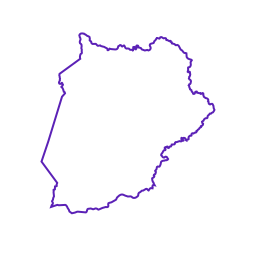 outline of Palocabildo, Tolima, Colombia, rotated 194°
{"feature_id": "7082276B76880403363751", "entity_name": "Palocabildo", "entity_type": "district", "adm_level": 2, "iso_a3": "COL", "parent_name": "Colombia", "parent_adm1": "Tolima", "projection": "albers", "projection_center": [-75.008, 5.096], "detail": "fine", "context": "isolated", "style": "outline", "palette": "violet", "viewbox_px": 256, "rotation_deg": 194, "n_neighbors": 0, "source": "geoboundaries", "source_scale": "gbopen_adm2", "svg_char_len": 5789}
<svg xmlns="http://www.w3.org/2000/svg" viewBox="0 0 256 256"><g transform="rotate(194 128 128)"><path d="M85.1,209.6L86.9,210.0L87.7,210.6L88.3,211.2L89.4,214.6L90.3,214.7L91.2,214.5L92.2,214.7L94.2,216.3L95.2,216.6L96.0,217.0L98.5,219.8L99.2,220.3L100.3,220.5L101.5,219.9L102.1,220.0L102.6,220.4L103.5,220.7L105.9,220.7L106.2,221.7L107.5,221.9L107.6,222.7L107.7,222.8L108.1,222.8L109.2,222.4L109.8,222.4L110.9,222.9L112.0,222.6L112.2,222.8L112.7,224.0L113.2,224.2L113.9,224.2L115.2,223.6L117.4,224.3L118.1,224.1L118.6,223.8L119.0,222.5L119.2,222.3L121.4,222.4L121.8,222.3L122.7,219.7L123.5,218.5L123.6,217.2L123.8,216.6L126.0,215.4L126.7,214.8L126.9,214.3L126.9,213.5L126.5,212.8L125.7,211.9L125.4,211.2L125.3,210.5L125.5,209.6L126.0,208.9L126.9,208.2L127.2,208.2L128.2,208.4L130.4,207.3L133.6,207.6L134.9,208.7L137.0,208.7L138.1,210.2L138.4,210.3L138.9,210.3L139.5,210.1L139.7,209.7L139.6,209.2L138.9,208.5L139.1,207.0L139.5,206.2L139.9,206.2L140.3,206.4L140.8,207.7L141.2,208.2L141.6,208.2L142.4,207.8L142.4,207.3L142.0,205.7L141.9,204.6L142.1,204.4L142.9,204.9L144.9,204.4L146.0,205.0L146.4,205.2L147.5,205.1L148.6,204.7L149.3,204.8L149.8,205.0L151.3,206.8L151.8,207.1L152.4,206.8L153.1,205.8L153.5,205.7L153.9,205.8L154.9,206.6L155.7,206.6L156.4,205.7L157.2,205.0L157.3,202.9L157.8,202.0L158.6,201.4L159.5,201.1L163.4,200.5L165.1,200.5L165.7,199.0L166.3,198.6L166.7,198.7L167.0,199.6L167.5,200.1L171.1,201.0L172.2,200.9L172.8,201.0L173.8,200.9L175.0,201.4L176.5,200.7L177.3,200.5L177.8,200.7L179.3,201.7L179.8,201.8L182.6,201.0L183.2,201.1L184.2,201.8L184.7,203.0L186.0,203.5L186.4,203.8L186.6,205.3L187.3,206.9L188.4,207.4L189.8,207.5L192.1,208.5L193.0,208.5L193.5,208.9L195.3,208.7L196.5,208.3L197.4,207.3L197.6,206.6L197.6,206.0L197.1,205.3L196.8,204.5L196.0,203.7L195.5,202.4L195.7,200.5L195.6,199.7L195.0,198.6L193.7,198.0L193.2,197.4L192.7,195.7L192.6,194.2L191.8,192.9L191.5,191.3L191.0,190.0L191.0,189.2L191.8,188.4L192.0,187.4L191.9,185.6L191.4,184.1L191.1,183.6L207.5,164.0L207.4,162.5L206.8,161.5L206.5,160.5L205.9,159.5L205.9,158.5L205.6,157.9L206.0,155.9L205.9,155.1L205.2,154.4L204.3,154.5L203.8,154.7L203.3,155.7L203.0,155.8L202.7,155.6L202.6,154.8L201.7,154.5L201.6,154.1L201.9,153.0L202.6,152.0L202.5,151.6L201.4,151.1L200.2,149.7L199.5,148.3L199.1,148.0L199.0,147.6L198.1,147.4L197.5,146.4L199.6,142.4L202.1,95.6L203.8,74.5L183.4,57.6L183.6,55.5L183.1,54.6L183.4,54.2L184.7,53.6L184.1,50.8L184.3,50.6L185.1,50.2L185.3,49.8L184.9,49.2L184.7,47.7L183.3,43.8L183.6,42.1L183.5,40.3L184.0,38.6L183.9,38.4L182.9,37.4L182.6,36.3L182.7,35.9L183.3,34.8L183.5,32.8L178.0,36.3L176.4,36.3L170.3,38.2L169.6,38.1L168.2,37.1L167.3,35.9L165.6,34.3L164.6,32.8L161.8,31.7L159.0,33.1L157.2,34.4L156.4,34.7L148.5,35.9L147.9,36.7L147.7,39.3L147.2,39.9L144.6,40.9L142.3,40.7L141.8,40.9L140.2,42.0L139.4,42.2L138.3,42.1L137.4,41.7L136.8,41.7L133.4,44.3L130.4,46.0L129.3,46.1L128.5,46.5L128.2,47.6L128.8,49.3L128.8,50.2L128.3,50.7L126.1,51.9L122.4,55.4L122.2,55.8L121.9,57.5L121.7,58.1L120.2,60.3L119.5,61.0L118.9,61.5L118.1,61.9L117.3,62.1L116.5,62.1L114.3,61.7L111.5,61.5L108.9,62.3L108.0,62.2L106.8,61.6L106.0,61.5L105.2,61.6L104.2,62.0L103.4,62.6L102.1,64.1L101.8,64.9L102.0,66.8L101.8,67.5L101.6,67.9L100.6,68.8L99.4,70.5L98.1,71.0L95.9,73.2L95.5,73.4L94.8,73.4L93.4,72.5L92.9,72.4L92.1,74.5L91.7,74.9L91.3,75.2L89.6,75.4L89.7,76.3L90.2,77.3L90.1,78.3L89.8,78.7L89.2,78.9L88.3,78.9L89.5,80.2L90.1,81.3L90.9,81.8L91.9,83.5L92.4,85.0L91.0,86.5L90.8,87.1L90.8,87.7L91.5,88.1L91.5,88.9L91.2,89.3L90.4,90.0L90.3,90.8L90.3,92.1L90.5,92.4L91.2,92.8L91.3,93.0L90.4,94.8L90.5,97.1L89.9,97.8L88.4,98.0L88.0,98.4L87.6,100.3L87.7,103.0L87.5,103.5L86.9,104.2L85.9,104.8L84.7,105.2L84.1,105.7L83.0,106.0L82.5,106.3L81.9,106.8L81.6,107.6L83.5,109.3L84.5,109.3L85.1,108.9L85.6,108.2L85.9,108.0L86.7,108.0L87.5,108.3L88.2,109.0L89.0,109.4L89.3,109.8L89.3,110.7L88.5,112.6L88.3,113.8L87.8,115.0L86.6,115.5L86.4,115.8L86.5,116.7L87.5,117.3L87.6,117.9L86.9,118.6L85.7,119.0L85.5,119.5L85.2,119.5L84.6,118.5L83.9,118.4L83.4,118.8L83.3,119.5L83.1,120.0L81.9,120.5L81.8,121.2L81.5,121.6L81.6,122.5L79.0,123.4L78.7,124.1L78.8,125.1L78.4,125.8L77.5,126.0L74.9,127.7L73.3,127.8L72.6,129.0L72.2,129.0L71.7,128.8L71.3,129.1L71.1,129.3L71.3,129.6L73.2,130.3L73.5,130.2L73.8,131.1L73.6,131.4L72.4,131.3L71.4,132.0L70.6,132.0L70.2,131.9L68.8,130.2L68.1,130.0L68.2,131.0L67.1,131.3L66.5,131.8L66.5,132.1L66.9,133.2L66.9,134.3L66.0,135.5L65.0,135.7L64.6,136.1L64.9,137.4L64.4,138.4L64.0,138.5L63.1,138.5L62.3,139.5L61.3,139.9L60.7,140.4L60.9,141.6L60.7,141.9L60.1,142.1L59.8,143.2L58.9,144.2L58.6,145.3L57.3,146.6L57.2,147.1L57.7,147.4L57.6,147.6L56.8,148.1L56.1,149.2L56.1,150.0L56.2,150.4L57.2,150.9L57.7,152.0L57.2,152.7L56.6,153.2L56.2,154.9L55.6,155.7L55.1,156.2L53.7,156.7L53.4,157.2L53.6,158.7L53.4,159.4L52.4,160.8L52.2,161.7L51.0,162.0L50.6,162.8L49.3,163.8L48.7,165.5L48.5,166.5L49.6,167.9L50.5,170.2L51.7,171.6L52.2,171.8L53.4,171.4L54.1,170.7L55.4,171.1L56.0,172.2L56.1,172.8L56.9,173.4L56.8,174.2L57.0,174.9L57.5,175.4L58.1,175.7L59.3,175.9L59.9,175.8L62.0,176.7L62.4,177.5L62.9,178.1L63.1,178.6L63.0,179.1L63.4,179.8L64.2,179.9L64.8,179.4L65.3,178.8L65.7,178.7L66.3,179.4L67.2,179.0L68.7,179.1L69.4,178.9L69.6,179.0L70.0,179.9L70.6,179.9L71.4,179.3L71.6,177.6L71.8,177.3L72.8,176.9L73.1,177.0L73.8,178.1L74.2,178.4L74.9,178.7L75.7,180.1L77.1,180.5L77.2,181.0L78.2,182.1L78.7,183.3L79.4,184.0L79.1,184.4L79.2,185.1L78.4,185.7L78.1,186.5L78.2,188.5L78.4,189.0L79.2,189.8L80.1,190.0L80.9,190.8L80.8,191.9L81.0,192.4L80.7,192.9L80.5,193.8L80.6,195.3L81.2,196.2L81.2,196.6L81.6,197.4L81.8,197.5L82.7,196.8L83.1,196.7L83.7,197.0L83.7,198.9L84.3,200.9L84.1,201.5L83.2,201.8L82.7,202.3L82.4,203.1L82.3,204.4L83.2,207.0L82.5,209.2L83.3,209.6L85.1,209.6Z" fill="none" stroke="#5b21b6" stroke-width="2"/></g></svg>